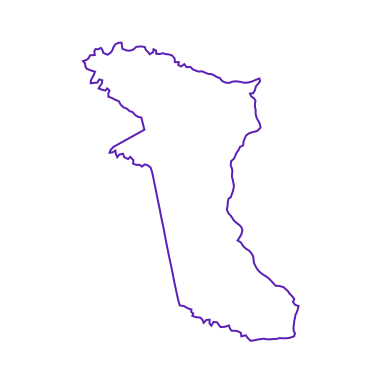 outline of Dionísio Cerqueira, Santa Catarina, Brazil, rotated 82°
{"feature_id": "56859067B35573440952052", "entity_name": "Dionísio Cerqueira", "entity_type": "district", "adm_level": 2, "iso_a3": "BRA", "parent_name": "Brazil", "parent_adm1": "Santa Catarina", "projection": "mercator", "projection_center": [-53.547, -26.336], "detail": "fine", "context": "isolated", "style": "outline", "palette": "violet", "viewbox_px": 384, "rotation_deg": 82, "n_neighbors": 0, "source": "geoboundaries", "source_scale": "gbopen_adm2", "svg_char_len": 3283}
<svg xmlns="http://www.w3.org/2000/svg" viewBox="0 0 384 384"><g transform="rotate(82 192 192)"><path d="M93.9,111.2L91.6,109.1L89.0,109.5L90.1,114.2L90.9,117.2L91.4,120.6L91.2,124.7L89.6,129.0L88.6,132.4L88.3,136.7L89.2,140.1L88.2,143.9L86.2,146.8L83.1,148.5L81.5,151.5L79.5,153.9L77.9,156.4L77.4,159.3L75.7,162.3L73.9,165.2L73.7,168.5L72.4,171.3L70.6,174.2L68.0,176.1L67.6,180.1L64.3,181.8L66.2,185.4L64.3,187.9L61.6,187.0L61.0,190.9L57.3,190.6L54.1,192.7L52.5,195.8L51.8,198.8L50.5,201.7L50.9,205.2L50.1,208.2L46.9,207.9L45.3,210.2L48.1,211.0L49.7,214.8L47.1,216.2L44.8,217.9L41.9,218.6L40.8,221.8L40.5,226.9L42.9,230.5L43.4,234.2L42.6,237.3L40.4,241.0L34.3,241.0L34.0,244.3L35.3,247.6L38.2,250.0L40.5,251.1L42.7,253.1L44.3,256.5L41.9,260.5L39.4,260.8L36.6,262.2L37.6,265.0L37.1,267.7L39.2,269.2L42.8,269.2L42.5,274.0L45.1,275.7L46.5,278.1L47.2,281.7L49.7,280.0L52.6,280.1L55.3,279.1L57.4,275.5L59.4,271.3L62.3,273.0L65.0,274.9L67.4,276.6L70.2,277.1L70.3,274.0L70.5,270.5L67.6,268.1L68.9,265.3L71.7,266.0L73.9,268.0L76.4,270.1L78.2,266.9L79.5,263.6L77.6,261.6L80.1,259.6L82.9,261.2L86.0,261.5L87.9,258.0L90.0,255.1L92.0,251.8L95.6,250.5L98.6,248.0L100.7,244.6L103.3,242.5L104.6,239.7L108.0,237.5L110.3,234.6L111.1,231.8L123.7,230.5L136.4,263.5L139.1,266.8L141.6,268.1L141.7,265.2L140.3,262.1L143.6,262.1L147.1,261.2L144.8,258.7L144.5,255.1L148.1,254.2L150.5,250.8L148.6,248.3L152.4,245.6L155.7,246.4L157.4,243.4L157.8,240.1L159.9,238.0L158.1,235.0L159.3,232.3L162.0,229.6L167.1,228.7L171.3,228.4L179.9,227.9L186.1,227.5L191.3,227.2L195.9,226.9L205.7,226.3L210.5,226.1L216.7,225.7L223.7,225.2L235.4,224.7L254.0,223.6L262.0,223.0L266.8,222.7L274.0,222.3L285.4,221.6L297.1,220.7L302.6,219.9L303.9,215.8L306.9,211.9L308.2,208.9L310.6,209.5L312.5,207.7L314.7,208.9L316.6,205.3L317.5,201.3L319.9,199.5L323.2,198.7L320.7,195.6L320.9,192.3L324.7,193.0L327.1,191.5L323.7,188.8L324.6,185.2L327.0,184.2L329.7,182.5L330.1,178.8L329.3,174.0L332.4,173.4L334.8,172.3L335.9,166.6L338.3,163.2L341.8,163.2L341.4,158.7L344.6,157.0L347.5,154.6L347.6,151.3L347.2,146.8L347.3,141.5L348.6,136.9L349.0,131.5L349.3,128.4L348.8,125.6L349.5,122.4L350.0,119.0L350.0,115.4L349.1,111.0L346.3,109.7L343.7,110.6L340.1,110.3L336.7,109.4L333.9,108.7L331.1,107.6L328.1,106.7L326.1,105.2L323.6,103.9L319.8,102.3L318.2,105.5L315.0,107.3L312.1,105.6L309.2,107.3L306.0,109.7L303.6,110.7L301.5,112.5L298.9,114.6L297.3,118.5L296.4,122.3L293.6,124.2L290.6,126.2L288.3,128.0L285.8,130.5L283.4,133.4L281.2,135.6L278.2,137.8L274.7,139.3L271.0,140.5L267.2,140.4L264.5,140.4L262.0,141.2L258.2,143.4L255.7,146.4L253.0,148.7L248.8,150.6L246.3,153.6L243.6,151.2L240.3,148.7L236.6,147.4L234.0,147.9L231.2,149.7L229.2,151.9L225.8,154.6L221.8,156.4L218.3,158.7L214.4,160.0L210.1,158.5L207.4,158.1L203.7,156.7L202.5,154.3L199.8,152.9L196.6,151.2L192.3,149.7L187.3,149.8L182.3,150.3L179.9,149.9L177.0,149.1L174.4,149.2L170.8,150.0L166.9,148.9L164.8,145.8L162.5,144.3L159.5,142.6L157.1,140.2L154.1,138.3L153.0,134.9L149.2,133.9L146.6,132.5L143.5,130.5L141.9,127.7L141.2,123.9L140.6,118.8L137.8,115.1L133.3,115.5L129.7,116.9L127.0,117.8L122.9,118.1L119.7,117.5L116.6,117.9L113.1,117.3L110.4,116.4L107.6,117.8L105.6,120.0L102.6,120.9L102.7,117.6L99.8,115.5L96.2,114.0L93.9,111.2Z" fill="none" stroke="#5b21b6" stroke-width="2"/></g></svg>